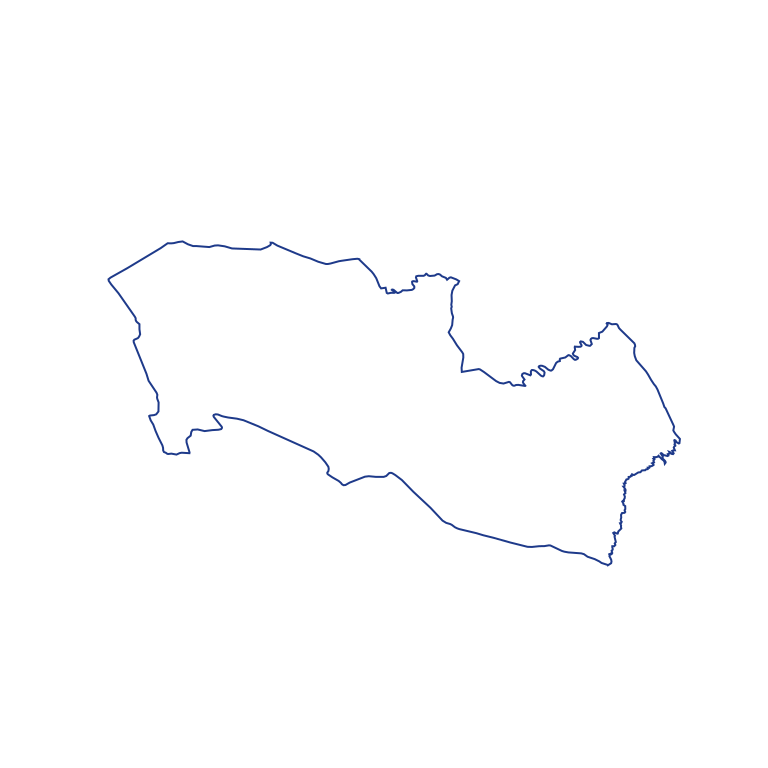 outline of Bokungu, Équateur, Democratic Republic of the Congo, rotated 123°
{"feature_id": "63176286B49430673132917", "entity_name": "Bokungu", "entity_type": "district", "adm_level": 2, "iso_a3": "COD", "parent_name": "Democratic Republic of the Congo", "parent_adm1": "Équateur", "projection": "equal_earth", "projection_center": [22.112, -0.898], "detail": "fine", "context": "isolated", "style": "outline", "palette": "blue", "viewbox_px": 768, "rotation_deg": 123, "n_neighbors": 0, "source": "geoboundaries", "source_scale": "gbopen_adm2", "svg_char_len": 6161}
<svg xmlns="http://www.w3.org/2000/svg" viewBox="0 0 768 768"><g transform="rotate(123 384 384)"><path d="M268.9,105.9L267.3,111.9L266.0,115.0L265.3,116.1L261.8,117.5L261.0,118.6L251.0,134.6L250.6,136.3L248.3,139.2L239.7,151.6L238.0,154.7L237.1,157.6L235.1,162.2L232.2,167.8L230.7,171.2L226.7,185.3L224.1,188.8L221.7,191.1L217.3,193.7L215.5,193.9L214.4,194.9L213.5,196.2L209.6,215.5L209.1,217.4L207.4,220.1L207.1,221.3L207.4,222.2L209.8,225.4L210.4,228.8L211.4,230.2L212.0,230.2L212.5,228.7L214.3,228.4L221.2,229.4L224.2,231.5L228.4,228.7L229.3,229.0L230.0,229.8L231.6,233.7L232.4,234.6L233.5,235.0L234.7,234.8L237.3,231.5L239.6,231.9L240.1,232.5L241.2,235.7L240.3,240.1L241.1,242.2L242.1,242.4L242.5,242.0L243.9,239.4L244.6,239.1L245.6,239.4L246.9,241.1L248.7,244.3L249.4,244.0L251.4,242.2L255.6,242.2L256.3,241.3L256.7,240.0L256.1,236.5L256.4,235.5L257.1,235.3L258.7,236.0L259.7,236.9L259.8,238.3L258.8,242.5L259.0,244.3L259.4,245.1L263.0,246.4L266.8,250.1L267.4,250.1L269.0,249.0L270.7,250.5L272.6,251.1L279.6,250.3L281.5,250.9L282.1,251.7L282.5,254.0L282.0,258.4L282.6,261.3L283.4,262.7L284.4,263.6L285.4,263.6L285.6,263.2L286.1,261.5L286.2,256.9L286.9,255.6L289.3,254.5L290.8,254.6L291.3,255.3L291.5,256.9L290.5,263.0L290.6,265.0L291.2,266.8L291.9,267.7L293.5,267.7L296.0,265.9L297.0,266.0L298.2,271.7L299.0,272.8L300.3,273.4L301.8,273.0L302.2,272.5L303.7,268.6L305.7,268.9L306.8,268.5L307.4,267.6L308.5,264.5L308.8,264.6L311.6,270.9L312.9,272.7L314.3,273.6L315.0,274.7L315.0,276.1L313.9,279.3L314.2,280.4L318.5,284.0L320.1,287.6L320.5,291.5L319.5,306.7L319.5,311.5L319.9,312.7L331.5,325.3L328.1,327.8L318.6,331.9L315.7,333.9L314.8,335.6L311.8,343.9L308.5,350.9L307.0,355.0L305.4,357.9L301.0,358.2L297.5,358.9L292.6,361.5L290.7,362.2L289.8,362.9L287.7,365.6L283.9,368.9L282.4,369.2L280.9,370.7L277.7,372.2L272.6,375.8L268.5,377.5L262.6,378.1L260.2,376.6L256.8,377.0L256.9,380.3L258.1,386.0L259.2,387.0L262.2,387.9L261.3,389.9L262.1,394.1L261.7,396.5L262.0,398.0L263.0,399.3L265.5,400.6L268.4,404.3L268.9,406.0L268.4,408.4L268.7,408.8L270.5,409.0L271.7,409.7L274.7,414.3L276.1,415.6L277.3,415.2L279.7,412.1L280.3,412.1L281.6,415.2L282.5,416.1L283.1,416.1L284.8,414.5L285.6,411.8L286.9,410.9L288.4,411.1L289.9,411.9L292.9,415.6L295.3,419.4L297.5,420.0L299.8,421.5L300.4,422.4L299.8,427.3L300.3,428.6L300.8,428.7L300.9,428.1L300.8,426.0L301.4,424.7L302.0,425.1L303.7,427.8L306.0,430.1L306.1,431.3L302.4,435.1L305.4,438.5L304.5,441.0L299.5,448.1L297.5,452.5L296.5,455.5L293.1,472.6L292.8,472.7L292.9,473.2L293.5,474.6L296.6,478.5L303.6,486.5L305.6,488.7L312.1,494.5L314.0,496.5L315.0,498.1L317.3,505.8L318.8,514.1L320.9,521.3L322.4,528.9L326.0,548.8L326.2,554.3L327.2,556.1L328.3,555.1L329.5,555.0L332.9,556.7L338.4,560.7L353.1,585.3L355.3,592.6L358.1,598.7L360.1,601.4L364.3,605.1L370.3,616.1L372.3,619.2L373.6,624.5L374.1,630.5L376.9,633.8L380.3,637.0L381.9,639.0L383.8,642.1L391.7,645.3L426.5,662.3L443.7,671.3L446.2,672.1L447.4,671.0L449.1,666.9L452.5,656.1L463.3,629.5L464.1,628.1L465.5,627.2L466.2,626.2L466.6,625.1L467.0,621.7L471.3,618.9L475.1,615.6L477.8,615.2L479.6,615.4L482.8,617.5L484.0,617.6L485.3,616.6L504.8,588.8L509.5,583.2L515.2,570.0L516.5,568.2L518.8,567.1L519.9,566.1L522.2,563.0L529.9,558.2L533.5,558.5L535.4,560.0L537.9,563.1L538.8,563.5L541.6,559.8L543.7,555.4L547.8,550.0L551.9,543.8L556.2,536.4L557.9,534.5L560.0,533.0L560.9,531.5L560.5,529.6L560.6,527.7L560.2,526.8L558.2,524.4L556.2,519.6L553.2,517.7L551.8,516.2L548.0,509.5L547.3,509.8L540.6,517.7L538.4,519.3L536.4,519.3L532.6,518.0L529.2,519.5L526.7,519.6L523.6,515.5L521.2,508.8L516.2,502.9L512.5,497.9L510.5,496.0L509.5,495.9L508.7,496.2L508.2,496.9L504.3,508.8L503.5,509.8L502.6,509.9L501.0,508.6L500.0,506.6L499.2,502.4L498.6,500.6L497.0,496.5L493.2,488.5L490.9,482.1L487.9,466.3L486.6,455.9L478.9,406.3L479.1,400.6L479.8,396.8L481.6,390.6L483.7,385.6L485.3,384.1L487.4,383.2L489.2,383.3L489.9,382.8L490.3,382.0L490.4,376.5L490.0,369.2L490.4,366.3L491.0,364.6L490.9,362.8L489.7,361.3L485.4,359.1L472.1,349.5L469.6,346.5L466.4,340.4L462.1,333.7L459.9,332.0L455.8,331.1L454.7,329.8L454.3,328.4L454.2,324.9L454.8,316.7L458.4,300.7L462.5,277.6L466.7,260.5L466.6,256.2L465.4,252.2L465.2,250.4L465.5,246.5L465.2,244.0L464.7,241.9L458.8,225.3L456.8,218.4L453.4,208.6L448.1,191.6L442.4,175.0L440.1,171.2L435.5,165.5L432.6,161.2L429.5,157.8L428.8,156.5L427.1,143.8L426.4,141.4L424.8,137.6L418.6,126.3L417.8,123.6L418.0,119.2L416.1,111.9L415.5,106.7L415.6,104.1L413.9,97.8L414.1,97.5L410.6,95.9L409.0,96.5L407.6,97.8L405.6,101.2L404.8,101.3L404.1,102.4L403.6,102.1L403.0,100.6L402.1,100.4L401.9,101.2L400.9,101.0L399.9,102.3L398.4,102.0L397.7,102.4L396.5,103.7L395.7,104.2L394.7,102.6L393.0,102.3L392.0,103.7L390.3,103.5L386.5,107.5L385.5,107.6L384.1,110.6L383.0,110.1L382.5,106.9L382.1,106.5L380.1,107.2L375.9,106.3L374.7,107.5L373.5,108.1L372.2,110.2L371.4,109.4L370.1,109.6L369.7,110.9L368.9,111.6L366.8,112.3L364.7,113.9L362.6,114.1L361.0,112.1L359.9,112.0L358.8,113.5L357.5,113.5L355.0,115.2L354.9,117.4L353.9,118.1L352.8,120.2L351.9,120.0L351.5,119.1L350.2,119.9L348.8,119.9L347.2,120.7L345.9,122.6L344.0,122.1L342.3,124.3L341.8,123.4L340.9,124.1L339.7,127.3L339.1,126.5L337.8,127.1L336.9,128.6L336.2,127.7L335.5,127.4L335.0,128.5L332.0,128.7L331.1,127.7L330.1,127.3L328.7,128.2L327.8,127.0L327.1,126.7L326.4,127.0L326.0,126.2L324.6,126.7L324.4,125.2L324.0,124.6L319.7,122.6L318.3,120.9L316.0,120.6L314.1,118.0L313.0,117.8L311.8,116.5L310.6,117.3L309.9,115.9L309.4,115.8L308.4,116.5L307.1,114.8L305.2,113.8L304.6,114.2L304.4,116.0L302.6,114.9L301.8,116.2L300.5,116.2L300.0,117.3L299.3,116.5L298.3,117.8L297.2,116.0L296.1,115.0L294.6,114.6L295.2,113.6L295.1,112.4L295.7,110.3L295.9,107.7L296.6,106.3L297.9,105.1L296.5,105.0L295.9,105.5L295.4,106.5L294.7,109.9L293.1,110.6L291.5,114.1L291.0,113.9L290.9,113.0L291.3,110.9L290.0,107.0L289.1,106.5L288.2,107.8L286.5,106.3L285.6,107.9L285.4,106.9L285.9,104.5L285.4,103.4L284.4,103.3L283.1,105.9L282.1,105.2L281.2,103.9L279.5,106.4L278.2,106.5L277.1,106.0L276.7,106.3L276.4,107.5L275.3,107.7L273.1,109.9L272.8,109.8L272.6,108.8L273.5,106.7L273.3,104.3L272.7,104.0L268.9,105.9Z" fill="none" stroke="#1e3a8a" stroke-width="2"/></g></svg>